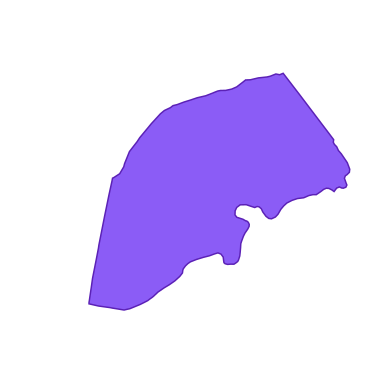 outline of Coolie Town, Anse-la-Raye, Saint Lucia, rotated 327°
{"feature_id": "8701671B87881136739477", "entity_name": "Coolie Town", "entity_type": "district", "adm_level": 2, "iso_a3": "LCA", "parent_name": "Saint Lucia", "parent_adm1": "Anse-la-Raye", "projection": "mercator", "projection_center": [-61.014, 13.957], "detail": "fine", "context": "isolated", "style": "filled", "palette": "violet", "viewbox_px": 384, "rotation_deg": 327, "n_neighbors": 0, "source": "geoboundaries", "source_scale": "gbopen_adm2", "svg_char_len": 2198}
<svg xmlns="http://www.w3.org/2000/svg" viewBox="0 0 384 384"><g transform="rotate(327 192 192)"><path d="M311.4,269.0L315.5,267.5L316.3,267.7L318.3,268.0L319.8,270.3L320.4,270.7L320.9,271.2L323.6,271.8L325.7,270.5L326.2,268.0L326.7,266.1L327.3,263.5L329.5,261.9L331.4,261.9L334.7,261.2L335.7,260.0L336.7,258.8L338.2,252.0L338.0,241.4L337.4,236.9L338.0,232.8L337.4,229.9L337.4,228.9L337.6,227.2L339.3,225.3L339.3,225.0L335.3,169.7L333.1,142.1L329.4,141.4L326.6,138.7L320.7,137.5L317.6,136.4L309.7,132.4L302.1,129.7L297.9,127.2L297.4,127.3L286.7,128.2L281.3,127.3L275.5,125.1L271.2,122.4L268.5,121.3L256.0,118.8L247.7,115.8L241.0,114.1L234.3,112.2L227.1,110.6L223.1,109.2L219.9,109.5L213.2,108.6L208.1,109.2L203.9,110.3L195.3,112.5L177.7,118.0L173.4,119.9L161.6,124.0L150.9,131.5L148.5,133.7L141.3,137.3L134.1,137.3L132.9,137.1L131.0,139.1L120.7,149.3L105.7,164.5L85.0,185.8L83.0,188.1L75.4,196.0L72.2,199.3L61.6,210.2L55.2,217.6L54.1,218.8L46.8,227.1L45.5,228.5L45.0,229.3L44.7,229.7L51.0,236.2L51.3,236.5L51.6,236.8L60.5,244.5L62.0,246.0L66.2,249.8L69.9,253.2L70.8,254.0L73.6,255.0L76.2,256.0L87.4,258.1L91.8,258.6L95.7,259.0L98.0,258.8L100.9,258.7L103.0,258.5L103.4,258.4L108.9,257.4L116.2,257.2L123.1,257.4L129.2,257.2L135.9,256.1L139.9,254.7L141.6,252.7L142.8,251.7L146.3,250.4L149.5,249.8L152.6,249.7L159.0,251.0L166.0,253.0L171.9,255.0L177.2,256.2L180.6,257.2L182.5,259.9L182.7,263.6L181.2,266.7L180.3,268.7L180.7,270.2L182.4,272.1L185.2,273.6L187.9,275.4L190.2,275.4L192.5,275.2L194.2,274.2L197.2,271.7L199.9,268.4L202.3,265.3L204.8,261.9L207.0,260.1L208.9,258.7L209.1,258.5L209.4,258.3L209.8,258.0L211.2,257.0L214.1,255.3L218.7,253.4L221.2,251.9L222.4,250.3L222.7,248.0L222.1,246.1L221.4,245.6L219.9,242.6L215.8,237.6L215.6,234.6L217.3,232.2L217.9,231.3L221.1,229.3L225.4,229.0L230.6,232.2L233.5,235.9L236.2,239.2L238.7,239.6L240.2,241.0L241.0,243.8L240.5,247.3L240.8,252.7L242.0,256.0L244.1,257.8L248.3,258.4L251.2,257.7L252.0,257.5L257.1,254.9L261.4,253.6L265.6,252.9L271.3,253.5L276.8,254.9L282.6,257.7L285.5,258.2L288.0,258.6L292.0,260.1L294.7,261.9L300.0,261.8L303.9,261.5L306.7,262.0L308.7,263.5L310.4,266.4L311.4,269.0Z" fill="#8b5cf6" stroke="#5b21b6" stroke-width="1.5"/></g></svg>